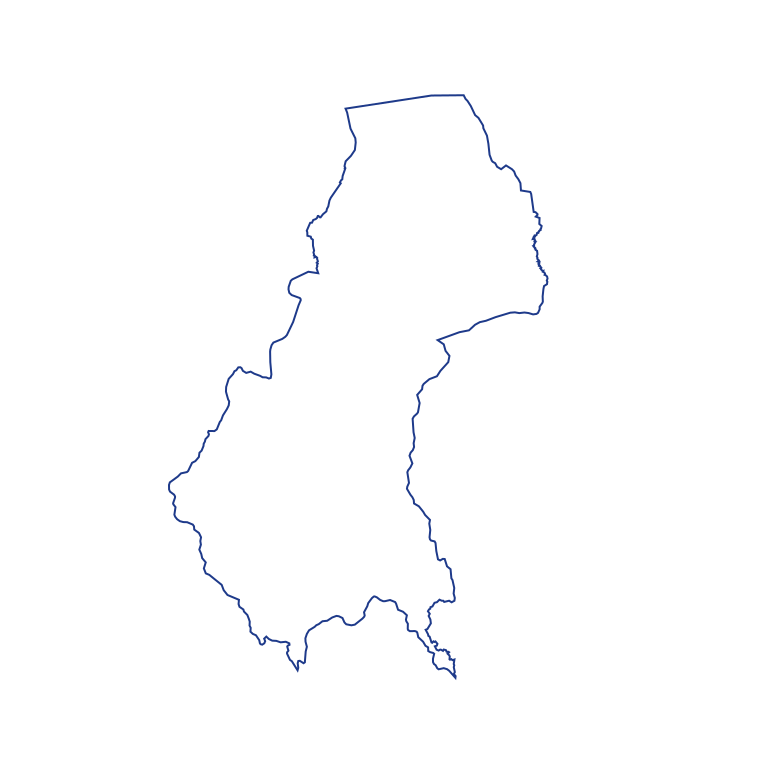 Laplae, Uttaradit, Thailand, rotated 200°
{"feature_id": "78962969B92512161501034", "entity_name": "Laplae", "entity_type": "district", "adm_level": 2, "iso_a3": "THA", "parent_name": "Thailand", "parent_adm1": "Uttaradit", "projection": "mercator", "projection_center": [99.982, 17.658], "detail": "fine", "context": "isolated", "style": "outline", "palette": "blue", "viewbox_px": 768, "rotation_deg": 200, "n_neighbors": 0, "source": "geoboundaries", "source_scale": "gbopen_adm2", "svg_char_len": 6151}
<svg xmlns="http://www.w3.org/2000/svg" viewBox="0 0 768 768"><g transform="rotate(200 384 384)"><path d="M216.4,132.3L216.8,134.0L219.2,135.4L218.9,137.5L221.6,141.8L221.8,143.8L222.7,144.7L223.6,149.2L225.2,147.9L226.6,148.5L227.7,147.5L228.3,147.7L229.0,150.4L229.8,151.3L232.0,152.3L231.1,154.2L231.9,154.4L233.6,153.8L234.8,155.1L237.0,154.9L237.3,153.4L239.5,153.8L240.4,153.6L241.5,152.2L243.7,152.3L246.5,154.9L244.9,156.2L244.9,158.1L247.6,159.7L248.3,158.9L249.5,159.1L250.2,157.3L251.0,157.4L254.7,162.2L256.2,162.5L257.0,163.9L260.8,167.3L259.4,168.6L258.1,175.1L259.9,178.6L262.7,181.3L262.4,183.7L265.0,185.5L264.6,187.6L263.7,188.6L264.0,190.2L262.4,191.5L261.7,195.7L259.6,197.1L258.1,200.3L255.6,200.1L254.1,200.6L252.9,199.8L248.7,202.6L245.8,202.0L243.7,204.4L244.3,207.2L246.9,210.9L248.2,216.3L252.6,223.2L254.2,224.4L258.1,232.7L262.4,234.2L267.1,240.3L268.9,239.8L270.9,237.4L273.3,237.7L277.7,244.9L281.2,252.2L282.6,253.4L286.3,253.0L287.7,253.8L288.8,255.6L290.6,262.7L293.7,268.3L294.3,272.0L300.6,275.0L303.5,277.4L309.4,281.0L314.9,282.0L316.4,285.2L318.6,287.3L321.3,289.0L326.6,293.4L327.0,295.5L326.7,299.6L331.9,309.1L331.8,311.2L330.7,314.6L330.2,319.1L335.5,325.3L335.5,328.6L334.3,331.7L334.2,335.1L335.9,338.5L336.7,343.8L339.7,348.7L345.2,361.1L344.8,363.7L342.8,367.5L342.4,369.0L344.0,378.3L349.1,385.1L346.4,392.1L347.2,395.5L346.7,397.7L343.0,404.1L336.9,409.4L335.5,415.6L331.1,426.5L332.1,432.8L337.5,436.2L341.4,441.7L348.6,443.6L330.8,458.5L322.5,463.5L318.7,470.8L315.1,474.9L309.8,478.3L302.0,485.0L289.7,494.2L285.5,496.1L281.1,496.9L276.5,499.2L272.5,500.1L267.7,500.4L264.7,502.0L263.6,503.5L263.3,507.4L264.2,509.9L262.9,514.4L262.9,515.7L264.9,520.6L266.7,527.9L267.1,530.8L265.0,533.5L265.5,536.0L266.4,536.8L266.4,539.0L267.5,540.8L269.5,541.6L270.4,541.5L270.4,542.7L271.4,543.6L273.2,543.8L273.1,544.8L273.6,544.5L275.6,545.4L276.0,545.8L275.9,546.6L276.6,546.5L276.4,547.3L277.4,548.0L278.5,548.0L278.3,548.5L279.1,548.7L279.1,549.6L280.0,549.7L280.2,550.8L279.5,550.8L279.6,551.8L280.5,551.6L280.6,552.2L281.3,552.0L280.7,553.1L282.8,554.1L283.1,555.4L284.0,556.0L284.2,558.5L285.7,561.5L287.4,561.9L287.6,562.6L288.5,562.8L288.5,563.6L290.4,564.3L290.3,564.9L290.7,565.0L290.3,565.4L290.7,566.3L290.4,568.3L290.8,568.8L290.4,569.3L291.4,569.4L291.5,570.3L291.0,570.5L292.4,571.8L293.2,571.4L292.9,572.1L293.5,572.1L293.2,572.8L293.7,573.1L293.4,574.4L292.7,574.5L293.0,575.2L292.2,575.4L291.6,576.2L291.8,578.2L290.8,578.7L291.1,579.2L290.4,580.3L290.6,581.0L289.5,582.3L290.0,582.9L289.6,583.7L289.9,586.4L292.8,587.5L294.6,593.2L298.6,593.2L297.6,595.5L297.9,596.2L300.4,597.3L302.2,596.9L310.7,612.9L312.2,614.5L321.5,612.7L324.5,619.4L327.8,622.4L331.6,624.9L334.4,628.2L337.2,629.6L344.1,631.1L347.4,625.9L352.0,626.8L355.0,629.5L357.9,630.0L359.2,630.8L363.2,635.5L368.1,645.5L372.2,652.6L378.1,658.3L379.3,660.8L386.3,666.4L390.3,667.8L397.5,674.9L402.4,678.6L404.9,679.8L407.9,682.6L438.1,671.3L514.3,629.6L511.5,626.5L502.8,612.5L495.0,605.1L493.2,601.3L491.4,593.9L493.1,587.1L496.2,580.2L495.7,575.7L495.4,574.8L494.6,574.3L494.6,573.2L494.1,573.2L494.0,565.3L493.2,562.0L494.0,560.8L494.4,558.3L493.3,557.8L497.7,540.9L498.0,537.8L497.1,531.8L497.5,529.1L497.2,526.5L499.4,522.7L500.6,518.9L501.3,518.7L503.1,519.5L503.7,519.2L503.7,517.2L504.6,515.6L506.6,513.9L506.8,511.0L508.5,510.2L509.0,501.6L508.0,500.4L506.7,497.1L503.2,497.4L502.1,495.8L500.2,495.3L498.0,489.6L495.3,485.4L495.3,483.5L494.0,481.8L493.9,480.8L492.9,480.8L492.6,479.2L491.1,480.3L489.9,479.7L489.7,478.7L488.1,476.7L488.7,474.9L487.4,474.5L487.6,472.7L486.9,471.9L487.0,469.7L483.7,465.6L493.5,463.6L505.9,451.0L506.9,449.1L506.8,442.7L506.1,440.3L504.2,437.3L501.2,436.0L492.5,436.0L491.4,435.3L490.9,434.2L491.2,428.8L490.6,411.2L492.0,396.8L492.9,394.6L495.0,391.6L502.1,385.1L502.9,382.0L502.6,377.5L502.1,375.5L498.3,365.6L493.1,354.5L492.5,351.0L494.0,349.8L497.0,349.9L500.4,348.8L503.3,349.3L509.4,349.3L513.5,350.0L517.3,347.3L521.1,348.1L523.3,350.2L524.7,350.6L526.6,349.8L527.5,346.4L528.9,344.9L529.3,341.6L531.7,335.7L531.3,327.2L529.9,322.8L528.8,321.2L525.2,316.2L523.5,314.7L522.6,310.8L523.0,306.8L524.6,299.4L524.6,294.2L525.3,292.2L525.6,284.2L527.2,281.8L532.7,279.9L532.8,278.5L531.3,276.9L531.2,275.1L532.9,271.1L532.6,268.6L533.0,266.3L532.4,263.9L532.6,259.0L533.9,256.3L533.0,252.1L534.9,247.0L537.4,244.3L538.3,235.2L539.1,233.8L544.2,230.6L546.1,226.5L551.6,218.3L551.5,215.6L549.9,211.4L548.3,209.7L543.4,208.2L541.9,206.9L541.5,205.7L541.4,199.8L540.8,198.9L537.8,197.0L536.3,189.5L534.9,187.9L532.2,186.2L528.9,185.3L525.4,185.6L521.7,186.8L515.6,186.5L513.9,185.3L512.5,182.3L506.9,180.7L503.5,177.4L502.9,173.6L501.1,170.4L500.9,165.2L497.6,161.8L495.3,158.2L490.5,155.4L490.2,149.1L486.7,145.1L482.9,144.9L467.8,139.7L464.1,135.4L458.9,132.2L446.5,131.6L445.4,127.5L443.6,125.2L439.0,124.0L437.8,122.3L433.4,120.2L430.7,117.1L428.9,114.8L427.7,111.0L425.9,109.3L424.8,105.6L421.8,104.3L418.4,104.1L413.6,100.6L412.0,98.0L411.0,97.3L409.3,97.4L407.8,99.4L407.7,101.7L409.5,103.7L408.2,106.4L405.0,105.0L401.3,104.6L397.3,105.8L392.8,105.9L388.1,108.2L384.3,107.9L383.6,106.6L385.0,105.1L385.1,104.1L382.6,100.7L383.3,98.7L382.9,97.5L378.0,92.6L375.8,92.0L367.3,85.4L367.5,88.0L369.6,92.1L369.8,94.4L368.4,95.1L364.1,94.1L363.2,95.4L366.1,105.9L366.6,110.7L369.6,115.0L370.9,118.2L371.0,122.8L370.2,126.9L366.1,132.1L365.1,134.2L363.2,136.0L360.7,140.0L356.4,142.1L352.8,146.9L349.4,149.8L347.0,150.3L343.0,149.9L339.6,146.4L337.3,145.3L332.1,146.1L329.1,147.9L324.0,156.2L323.0,158.6L323.0,159.9L324.7,162.7L323.7,169.4L323.9,172.7L322.1,178.7L320.9,180.8L320.1,181.2L317.8,181.1L313.8,179.8L310.5,179.6L308.7,180.3L304.4,183.1L298.9,182.9L297.5,181.7L293.6,176.7L288.2,176.5L283.4,174.5L282.8,170.1L281.9,168.7L279.6,166.9L277.9,161.9L277.1,161.0L275.1,160.6L270.5,162.4L268.6,162.4L267.6,161.6L265.2,157.8L259.1,155.2L255.5,152.2L252.5,151.6L251.1,148.2L249.0,147.8L245.8,148.1L244.6,147.7L244.0,142.5L242.8,139.4L241.3,138.0L239.3,137.4L236.7,135.1L235.1,134.6L230.7,137.4L227.2,137.6L224.6,136.8L216.4,132.3Z" fill="none" stroke="#1e3a8a" stroke-width="2"/></g></svg>